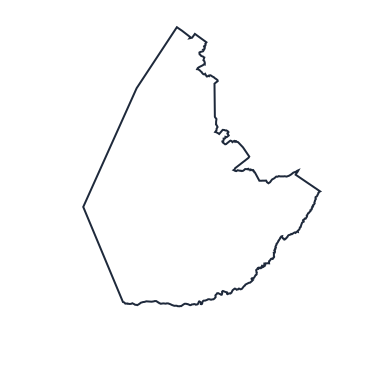 the district of Santa Rosa, Catamarca, Argentina, rotated 216°
{"feature_id": "61730980B62858565899892", "entity_name": "Santa Rosa", "entity_type": "district", "adm_level": 2, "iso_a3": "ARG", "parent_name": "Argentina", "parent_adm1": "Catamarca", "projection": "robinson", "projection_center": [-65.467, -28.089], "detail": "fine", "context": "isolated", "style": "outline", "palette": "slate", "viewbox_px": 384, "rotation_deg": 216, "n_neighbors": 0, "source": "geoboundaries", "source_scale": "gbopen_adm2", "svg_char_len": 5865}
<svg xmlns="http://www.w3.org/2000/svg" viewBox="0 0 384 384"><g transform="rotate(216 192 192)"><path d="M301.1,316.4L297.8,243.4L271.2,116.0L183.2,62.4L182.0,62.8L180.9,62.7L180.6,62.5L179.8,62.8L179.0,63.7L178.4,63.7L178.1,64.1L177.4,64.3L176.2,65.1L175.4,65.9L174.9,66.9L172.6,67.3L171.8,67.3L170.5,68.1L169.8,68.3L169.1,69.8L168.5,71.5L168.4,72.2L166.9,74.2L165.8,75.2L164.7,76.7L160.2,79.5L158.6,81.1L157.9,82.0L156.6,82.8L154.8,82.7L154.3,83.0L153.1,82.8L152.7,83.1L151.9,83.1L151.5,83.3L150.2,84.6L149.6,85.1L147.5,86.3L147.1,86.9L145.9,87.8L143.6,88.5L141.8,88.8L139.5,89.5L137.7,90.9L137.2,91.1L136.7,91.1L134.9,92.2L134.6,92.7L133.7,93.3L132.7,96.3L132.1,97.4L130.9,98.2L129.9,98.5L129.6,98.8L127.1,99.3L126.5,99.8L126.0,101.0L125.2,101.6L124.4,102.6L123.6,103.0L122.9,103.0L122.6,103.1L122.0,103.9L121.7,104.1L121.5,104.4L121.4,105.0L122.0,107.5L121.8,107.8L120.5,107.9L119.7,107.4L119.0,106.5L118.4,106.8L118.2,107.1L118.2,107.4L118.4,108.2L118.8,108.8L119.0,110.1L118.8,110.8L118.5,111.2L117.7,111.7L117.4,112.1L116.5,113.4L115.9,114.7L114.6,115.6L113.3,116.0L112.6,116.9L111.6,117.8L111.2,119.0L111.1,120.9L112.3,122.1L112.3,122.8L112.0,123.7L112.2,124.7L111.5,125.5L111.2,125.6L109.9,125.7L109.2,126.0L108.3,125.9L107.6,126.3L107.6,126.6L108.0,127.7L108.3,128.2L109.0,128.8L109.0,129.8L108.8,130.1L106.1,130.8L104.8,131.4L104.5,131.4L104.3,131.1L104.0,130.3L103.8,130.2L103.2,130.3L103.2,130.5L102.5,131.4L102.3,131.9L101.2,132.5L101.2,133.2L100.9,133.6L101.4,136.4L100.7,138.9L99.9,139.3L98.4,139.2L98.1,139.8L97.6,140.1L97.4,141.3L96.7,141.7L95.7,141.7L95.1,142.3L94.7,143.1L94.6,146.3L94.4,146.8L94.2,147.6L94.4,148.4L92.6,152.0L91.8,152.7L91.2,155.1L91.0,156.6L91.9,156.4L92.6,156.6L92.9,156.9L92.8,157.4L91.6,158.6L91.4,159.1L91.7,162.2L91.4,162.5L91.3,163.1L91.4,163.6L92.3,164.6L92.3,164.8L92.5,164.8L92.8,165.3L93.9,166.2L94.2,166.6L94.0,167.5L94.0,168.5L93.2,168.8L93.4,169.2L93.9,169.5L93.7,169.9L92.8,170.2L92.5,170.9L92.3,170.9L91.8,170.6L91.5,170.8L91.4,171.1L91.6,171.3L91.6,171.6L91.5,171.8L91.7,172.5L91.1,172.2L90.9,172.3L90.4,173.1L90.8,173.4L91.1,173.5L91.3,173.8L91.2,174.3L91.0,174.6L89.9,174.5L89.7,174.7L89.8,175.1L90.0,175.3L89.9,176.0L90.3,176.4L90.6,176.4L90.8,176.2L91.4,176.7L90.3,177.8L89.6,178.1L88.9,178.9L87.7,179.6L88.7,180.8L88.7,181.5L88.9,181.6L88.7,182.9L88.7,183.8L88.8,184.0L88.7,184.5L88.2,185.1L87.8,185.0L87.5,185.1L87.3,185.5L87.6,186.9L87.3,187.2L87.4,187.8L88.6,188.9L89.3,190.1L90.2,191.0L89.9,191.5L89.5,191.8L89.7,192.1L90.0,192.8L90.8,193.5L91.1,195.2L91.4,195.3L91.5,195.0L91.7,195.8L91.6,196.5L91.9,196.7L92.1,196.5L92.3,196.7L92.7,198.5L92.6,199.1L93.1,199.6L93.0,201.7L93.4,203.4L93.2,203.8L93.4,204.1L93.4,206.1L93.6,206.5L93.7,207.0L93.6,208.6L93.1,209.2L92.8,208.5L91.6,208.0L91.1,207.9L90.9,208.1L89.7,207.8L89.7,208.1L89.0,208.3L88.9,208.6L89.1,209.1L88.9,209.5L88.5,209.9L88.6,211.3L88.4,211.7L88.6,213.1L88.5,213.8L87.2,215.6L87.1,216.4L86.4,216.6L85.3,219.4L84.9,219.9L84.2,219.8L83.8,221.5L83.6,221.8L82.9,222.0L83.6,222.7L83.2,224.8L83.6,226.3L83.9,226.7L83.5,227.5L84.2,229.4L84.9,231.9L84.7,232.6L84.2,233.7L84.7,234.1L85.5,234.3L85.6,234.8L85.2,235.4L85.1,236.0L85.2,236.5L85.1,236.9L84.4,237.2L84.5,239.3L84.7,240.0L85.4,240.5L85.2,241.4L85.6,242.9L85.1,244.0L85.2,244.9L84.9,246.1L85.5,246.8L85.1,247.5L85.0,247.8L85.1,248.1L85.0,248.3L85.1,248.7L85.5,249.1L85.4,249.3L85.6,249.9L85.5,250.4L85.6,251.0L85.9,250.8L86.1,250.9L86.1,251.4L85.8,251.8L85.8,252.1L86.3,252.5L86.3,252.8L86.0,253.9L86.1,254.9L86.9,255.5L87.0,256.0L87.0,256.5L87.5,257.3L87.7,259.2L88.3,259.4L89.0,260.4L88.8,261.2L88.5,261.6L88.5,262.7L88.6,263.2L88.8,263.5L88.8,263.9L88.9,265.1L89.3,265.6L89.3,265.9L89.1,266.4L89.2,266.8L88.7,267.8L118.3,266.9L118.5,268.1L118.5,270.6L118.7,272.1L119.5,270.7L119.6,269.9L121.4,267.2L122.1,264.5L123.0,262.3L124.5,260.1L126.3,259.2L127.0,258.5L129.9,256.4L131.1,255.9L131.7,254.7L132.9,254.0L133.5,251.5L134.6,249.1L134.6,245.8L135.3,244.0L137.1,244.0L138.7,244.8L144.1,240.7L152.6,244.8L153.1,244.6L153.6,245.0L154.4,245.0L154.5,245.3L155.1,245.4L155.1,245.6L155.5,245.7L156.3,244.9L156.9,245.0L157.4,244.7L157.7,244.0L158.2,244.4L158.6,244.0L159.8,243.3L160.2,243.7L161.1,242.7L162.5,241.8L162.7,240.6L163.1,239.3L164.0,238.2L165.0,238.0L165.2,237.6L167.9,236.4L168.2,235.6L168.3,235.1L168.6,234.8L169.7,234.4L170.2,234.4L171.2,234.2L170.8,235.4L171.1,236.6L166.4,252.8L166.5,254.3L177.0,258.1L184.0,259.4L185.7,258.7L186.1,259.1L186.7,258.8L186.6,258.5L186.7,257.9L187.9,258.1L188.2,257.4L188.6,256.1L189.8,256.5L191.0,256.2L191.3,255.7L192.4,251.6L192.5,250.9L193.2,250.1L196.3,250.2L196.8,250.5L196.7,250.9L197.0,251.0L196.6,251.6L196.9,252.1L197.1,253.0L197.8,253.8L196.9,254.6L196.8,255.2L197.4,256.3L196.3,256.7L196.0,257.3L195.5,259.3L196.7,259.8L197.7,260.0L197.9,260.6L197.6,261.2L197.7,261.9L199.0,262.2L200.5,262.0L201.1,261.4L202.4,261.1L203.7,260.3L204.1,254.9L205.5,254.9L207.5,254.6L208.5,254.2L208.5,256.5L209.3,257.6L209.5,259.6L211.5,260.6L212.2,260.7L212.6,261.1L212.8,261.7L213.7,262.8L215.1,265.4L217.4,266.1L217.8,266.4L237.5,292.9L236.4,296.9L237.1,297.5L238.5,297.6L240.7,297.5L241.9,297.7L243.4,297.4L245.0,297.4L245.8,297.2L246.1,297.0L246.2,295.8L247.0,295.8L247.2,295.1L247.7,294.3L248.0,294.1L250.8,295.3L250.9,294.6L251.3,294.3L252.1,294.0L253.6,294.2L254.7,294.7L255.8,294.7L257.1,295.0L259.1,294.9L260.0,294.4L260.2,295.7L259.7,297.1L257.7,301.0L257.5,302.1L256.6,302.6L257.2,303.3L257.3,303.8L258.9,305.1L260.2,305.3L261.1,308.0L261.4,307.9L262.3,308.1L264.6,307.5L265.9,307.9L266.7,307.8L267.9,309.0L268.0,309.4L267.3,310.5L265.8,312.3L265.8,312.9L265.9,313.7L266.6,313.8L266.1,314.8L266.0,315.3L266.2,315.7L266.7,316.6L267.3,316.5L267.8,316.7L267.9,317.3L267.3,318.2L267.5,319.1L268.3,319.6L268.3,321.6L282.6,321.6L282.6,316.9L284.3,315.0L284.3,316.3L294.8,316.6L301.1,316.4Z" fill="none" stroke="#1e293b" stroke-width="2"/></g></svg>